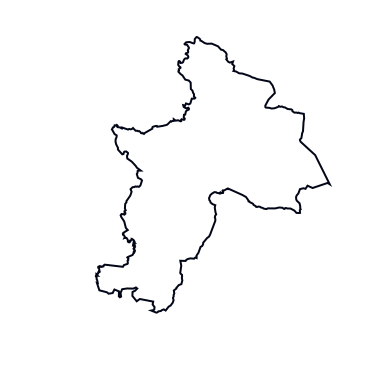 the district of Denkyembour, Eastern, Ghana, rotated 129°
{"feature_id": "2480657B53762921220630", "entity_name": "Denkyembour", "entity_type": "district", "adm_level": 2, "iso_a3": "GHA", "parent_name": "Ghana", "parent_adm1": "Eastern", "projection": "natural_earth1", "projection_center": [-0.823, 6.057], "detail": "fine", "context": "isolated", "style": "outline", "palette": "ink", "viewbox_px": 384, "rotation_deg": 129, "n_neighbors": 0, "source": "geoboundaries", "source_scale": "gbopen_adm2", "svg_char_len": 6045}
<svg xmlns="http://www.w3.org/2000/svg" viewBox="0 0 384 384"><g transform="rotate(129 192 192)"><path d="M190.3,293.5L191.8,294.1L192.7,293.7L193.7,293.7L195.7,288.6L195.4,286.2L196.7,285.2L199.1,284.5L201.1,283.0L202.7,280.9L204.4,277.1L205.3,276.6L205.7,275.8L206.6,269.9L205.7,269.2L203.9,269.9L203.1,269.9L201.9,268.6L201.9,266.4L202.6,265.8L204.9,265.2L206.7,263.4L206.3,257.9L207.2,251.9L207.8,250.2L207.6,245.3L209.3,247.3L209.8,247.5L211.4,246.4L212.8,246.2L215.0,242.9L214.2,239.7L214.5,238.1L219.4,236.2L221.4,236.5L222.0,237.9L222.9,238.5L223.3,239.5L224.4,239.9L225.3,240.9L226.1,241.3L228.5,241.5L229.8,239.1L233.6,237.7L240.4,237.2L241.2,236.5L243.3,236.4L247.1,233.7L248.0,232.0L249.4,232.4L250.0,232.0L250.1,230.8L250.9,230.1L252.1,230.3L252.3,231.3L252.6,231.3L253.4,232.9L255.0,232.8L256.0,231.1L257.5,226.2L261.6,220.7L262.0,218.0L266.7,219.6L266.8,219.3L268.1,219.4L268.7,218.6L268.4,217.4L269.5,215.8L270.2,215.6L269.4,215.2L269.6,214.8L268.9,214.1L269.1,213.2L269.7,211.7L270.9,210.6L271.0,209.9L270.8,209.4L270.1,209.5L270.3,209.1L270.1,208.8L268.9,208.9L268.6,209.4L267.4,208.9L266.7,209.3L266.7,208.7L266.2,208.7L266.1,207.2L266.6,205.7L266.9,205.3L267.2,205.6L267.5,204.9L267.7,205.4L267.7,204.7L268.3,205.3L268.9,204.6L269.5,204.9L270.3,204.4L269.5,204.0L269.2,203.1L269.5,202.8L270.7,203.3L270.9,203.0L270.6,202.9L270.6,201.7L272.2,201.6L272.5,201.1L273.0,201.4L273.6,199.3L274.0,199.2L273.7,199.6L274.1,199.7L274.3,199.1L274.7,199.0L274.9,199.6L275.2,199.6L276.9,198.8L278.4,198.6L283.2,201.1L283.6,201.1L283.7,199.6L284.6,199.3L285.0,198.7L286.0,198.8L287.6,197.1L288.5,196.9L291.6,198.9L293.6,198.6L303.4,214.1L305.0,214.5L305.5,214.0L306.6,214.7L307.3,215.4L307.0,215.7L307.3,216.4L308.2,216.7L307.9,217.2L309.1,217.8L309.8,217.3L309.4,216.6L310.8,215.1L312.0,214.6L311.9,214.2L312.5,214.4L312.7,213.6L313.9,214.1L314.5,213.7L315.5,213.7L315.8,214.8L316.5,214.2L316.5,212.6L317.6,213.9L318.0,213.7L318.5,212.3L319.7,211.3L320.2,210.2L322.0,208.0L322.4,208.8L326.7,202.1L323.5,195.1L323.5,192.8L320.5,190.1L316.6,190.9L315.2,186.2L319.1,183.2L319.2,181.8L317.9,181.3L315.4,184.0L311.5,185.1L307.8,181.7L304.0,176.8L301.5,175.5L301.5,173.8L304.5,174.1L307.1,175.3L310.3,172.9L311.7,166.2L308.0,165.2L301.6,153.2L304.2,151.8L305.0,148.7L307.0,147.4L308.1,147.7L309.8,149.1L308.2,143.8L307.0,143.0L305.9,143.0L304.1,141.3L303.1,141.2L301.0,140.1L300.7,137.9L295.9,138.0L293.7,137.2L290.3,137.3L287.7,138.2L286.3,140.1L284.6,140.6L283.4,141.6L282.0,141.9L280.0,144.1L276.8,143.4L276.5,143.8L272.7,143.7L270.3,142.3L266.9,143.8L265.0,146.0L264.2,146.3L262.7,147.6L262.6,149.4L262.3,150.2L256.0,154.0L252.8,157.8L249.6,153.6L248.5,153.7L247.1,153.3L244.7,151.6L242.5,148.4L240.8,148.2L240.4,146.9L238.4,148.5L235.3,148.7L229.3,150.8L227.5,150.1L225.6,150.5L224.4,151.4L218.2,151.3L216.0,150.7L213.8,151.1L199.6,155.8L197.8,157.4L197.5,158.2L195.7,159.1L194.2,159.1L193.2,160.7L189.8,164.5L187.6,165.6L188.5,168.3L188.5,170.9L187.6,172.2L187.4,173.4L186.0,174.9L182.9,175.8L180.8,175.5L178.0,174.5L177.0,173.0L176.9,171.8L176.1,170.6L175.8,169.6L175.3,169.8L175.0,169.1L174.6,169.3L174.7,168.7L174.5,169.0L173.6,168.2L173.8,167.9L173.3,167.3L172.9,167.4L172.7,168.1L172.3,168.1L171.9,168.8L171.6,168.6L171.2,168.9L170.4,167.9L167.7,166.9L167.1,165.9L166.6,166.1L162.6,151.0L161.9,146.9L162.9,143.4L163.7,142.1L163.2,141.6L163.5,140.6L162.9,138.1L162.8,137.0L163.3,136.1L162.9,133.6L163.2,132.8L162.8,132.1L161.5,131.2L160.7,129.8L160.7,128.9L159.9,127.1L159.7,125.6L158.3,123.3L157.0,122.8L152.5,117.1L149.2,114.5L147.4,111.9L147.2,109.8L146.9,109.4L145.8,109.4L145.3,108.9L144.9,107.7L142.8,104.9L142.0,100.6L142.5,97.7L141.2,95.9L140.2,94.9L138.3,96.8L137.0,96.7L136.7,97.5L135.0,98.9L133.1,101.3L132.8,105.1L132.1,106.4L130.4,108.0L128.7,108.5L126.3,108.4L121.8,109.9L119.0,107.8L118.1,105.8L114.4,106.2L113.0,100.8L99.6,92.3L99.3,89.9L85.8,119.5L84.6,139.2L83.8,140.8L83.1,141.1L81.3,140.9L76.9,143.4L74.9,144.0L67.2,149.5L64.3,151.1L60.9,154.3L62.9,157.8L63.2,159.1L64.1,159.6L64.4,160.6L65.9,162.4L66.0,164.8L65.2,165.7L65.3,166.8L67.3,169.9L67.8,173.1L68.6,174.3L68.9,175.9L70.3,177.1L70.6,178.6L71.6,178.6L74.9,180.5L77.0,182.6L77.9,184.8L79.9,187.7L79.8,188.5L78.7,189.4L72.0,190.7L62.9,189.9L60.6,192.7L58.5,196.5L57.3,201.1L63.2,212.3L64.3,216.0L64.9,216.7L65.5,220.1L68.2,227.3L70.1,230.1L70.6,233.5L71.8,235.9L70.8,236.0L69.8,237.4L67.5,238.3L67.2,241.3L64.8,242.2L67.6,244.0L68.0,245.8L67.3,248.9L66.4,248.8L65.1,250.6L63.1,251.8L62.3,253.8L62.2,257.2L63.1,259.1L62.4,263.5L64.3,270.1L67.3,273.5L68.3,275.9L68.7,279.9L69.1,280.8L68.3,281.7L68.1,282.6L68.3,285.3L68.7,286.0L71.4,286.1L73.5,284.5L75.1,283.9L75.6,284.4L76.9,288.2L79.4,290.8L81.7,290.9L81.8,290.3L80.7,288.4L81.7,285.4L82.0,285.0L84.4,284.5L85.4,283.2L86.3,282.9L88.1,284.0L88.7,283.8L88.5,281.3L89.1,280.1L90.0,279.5L91.4,279.8L91.9,280.8L93.0,281.5L94.6,281.4L96.6,280.7L97.5,280.8L99.0,282.1L98.2,283.3L98.2,284.2L98.5,284.6L99.3,284.5L101.9,282.7L102.5,280.9L102.3,279.7L102.7,279.1L104.9,279.6L105.8,278.5L106.5,278.7L107.1,278.2L107.5,275.2L107.4,272.8L108.9,268.0L107.4,264.6L107.8,261.9L112.7,257.7L113.0,255.2L114.1,253.9L114.7,252.0L116.5,250.7L116.8,248.7L117.8,248.8L119.6,250.9L124.3,249.0L125.9,249.6L127.0,252.4L129.2,251.7L130.0,253.5L131.0,252.2L131.1,251.2L130.6,249.1L128.8,247.9L129.2,246.7L130.1,246.4L132.3,247.5L133.6,247.3L136.1,246.0L137.0,246.8L139.3,245.3L139.6,243.7L140.6,243.4L141.1,243.8L142.0,245.9L142.8,245.9L143.7,245.0L144.1,245.2L145.1,248.1L146.8,249.5L146.9,252.0L148.2,250.9L149.2,252.0L150.3,252.3L150.4,253.1L155.1,253.6L155.9,254.0L159.1,256.4L163.2,260.1L162.8,260.9L163.6,261.8L165.9,263.4L166.6,263.5L167.8,262.7L175.7,265.8L177.1,265.9L177.1,267.4L177.7,267.5L178.3,268.7L177.9,269.8L177.9,271.4L178.8,272.3L178.9,273.2L179.9,274.4L179.4,278.1L180.7,278.3L181.7,278.9L182.7,280.6L183.7,281.0L185.9,286.9L186.7,286.4L187.0,287.0L186.9,288.1L188.4,290.7L188.3,291.4L187.7,291.1L187.3,291.4L187.2,292.7L187.8,292.8L188.9,294.1L190.3,293.5Z" fill="none" stroke="#020617" stroke-width="2"/></g></svg>